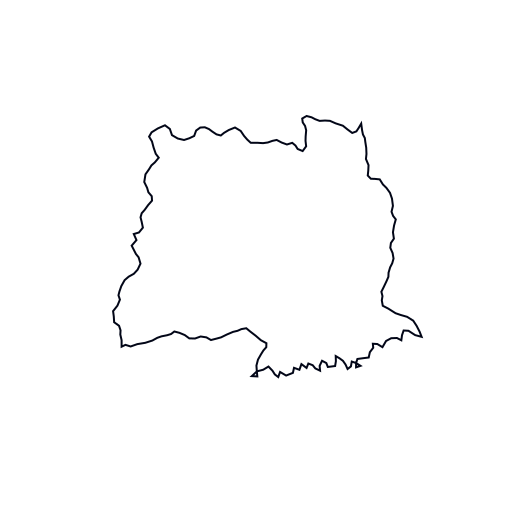 outline of Serra da Saudade, Minas Gerais, Brazil, rotated 235°
{"feature_id": "56859067B39993306485596", "entity_name": "Serra da Saudade", "entity_type": "district", "adm_level": 2, "iso_a3": "BRA", "parent_name": "Brazil", "parent_adm1": "Minas Gerais", "projection": "albers", "projection_center": [-45.786, -19.377], "detail": "fine", "context": "isolated", "style": "outline", "palette": "ink", "viewbox_px": 512, "rotation_deg": 235, "n_neighbors": 0, "source": "geoboundaries", "source_scale": "gbopen_adm2", "svg_char_len": 2970}
<svg xmlns="http://www.w3.org/2000/svg" viewBox="0 0 512 512"><g transform="rotate(235 256 256)"><path d="M344.1,168.5L337.6,167.2L335.8,160.1L326.5,158.8L322.3,159.1L316.0,157.0L312.7,151.2L311.5,145.7L312.1,139.9L311.6,134.6L308.6,128.4L305.2,123.7L302.7,120.8L298.3,119.5L294.8,114.0L292.8,107.3L288.0,104.8L283.1,101.8L277.4,103.8L272.8,102.4L269.5,99.8L264.1,97.6L258.8,93.9L258.1,98.1L253.8,101.4L251.9,108.2L248.4,115.5L246.2,122.6L245.6,128.2L244.4,132.5L242.1,137.7L240.8,141.7L241.0,145.8L237.0,149.2L232.1,152.3L226.8,154.1L223.4,158.7L221.8,164.5L217.8,168.7L213.0,170.9L210.9,176.5L209.4,180.7L208.4,187.1L207.0,193.7L205.3,198.0L204.5,202.1L202.4,206.6L197.6,207.9L190.9,210.0L184.2,211.7L178.6,214.5L175.4,212.1L174.4,207.9L172.7,203.9L170.0,198.2L166.0,193.5L161.0,190.5L158.7,196.7L158.3,202.8L152.6,203.7L148.2,203.5L144.1,204.8L147.2,209.2L140.8,212.1L139.1,219.2L142.6,223.0L137.9,226.3L141.4,231.2L135.3,233.2L137.9,237.2L134.0,239.8L129.9,240.1L125.3,242.7L129.5,245.1L132.3,250.0L128.0,252.2L123.9,251.2L120.5,257.7L124.0,261.1L128.3,263.9L124.4,265.7L120.3,267.1L115.7,267.1L110.9,266.2L111.1,270.4L114.6,273.9L110.9,276.6L113.5,280.0L110.7,285.4L108.2,290.1L111.9,294.1L113.6,299.4L117.1,301.4L114.3,304.9L108.8,307.3L111.8,313.8L111.1,319.6L108.0,324.4L103.6,326.7L107.4,330.2L110.3,334.2L107.3,338.0L99.9,341.0L94.8,345.3L100.1,346.6L106.6,347.5L112.8,347.7L119.5,344.9L124.7,340.7L129.1,337.5L132.9,335.9L137.0,334.2L142.5,331.3L147.5,333.6L150.6,336.6L154.8,338.2L157.3,342.8L160.6,348.6L163.0,352.5L166.3,355.0L169.8,359.4L171.9,363.4L175.0,367.2L180.1,369.6L185.7,370.7L189.3,374.0L191.1,378.9L196.9,381.8L201.8,386.6L205.8,391.5L210.2,391.3L214.5,392.4L218.5,396.9L225.0,400.3L230.9,402.0L237.0,401.9L241.8,401.0L247.8,401.3L250.9,397.7L253.4,394.4L257.8,393.7L261.5,396.9L265.9,400.3L272.4,401.7L276.2,405.0L281.5,408.4L286.8,411.0L290.2,412.8L294.2,413.3L298.1,415.0L304.1,418.1L302.0,413.5L300.5,409.7L301.6,405.4L307.3,403.5L312.9,401.9L319.0,397.3L324.3,394.1L327.4,390.2L330.2,385.6L334.2,382.9L337.7,381.1L341.7,377.7L342.1,372.7L338.6,370.9L334.4,370.8L330.2,369.2L325.4,365.2L321.9,362.6L317.1,360.0L315.2,354.4L319.8,351.5L323.8,351.7L327.9,350.6L329.6,345.3L334.2,342.1L339.2,339.5L340.9,335.5L342.2,330.8L344.4,326.5L348.0,322.0L351.8,316.6L356.4,315.6L361.2,315.1L367.2,315.2L373.3,312.5L374.8,306.0L375.2,300.5L374.9,296.3L378.3,293.4L382.9,291.6L386.9,290.3L390.8,287.9L393.2,284.0L393.1,278.9L389.8,274.2L390.7,268.9L392.3,263.6L397.1,259.3L403.2,256.5L409.5,258.3L415.3,256.4L416.8,248.8L417.2,241.4L415.1,236.9L409.5,236.5L403.5,234.3L397.2,232.5L392.3,232.7L390.7,226.8L390.2,222.3L388.4,218.1L386.3,212.3L380.7,206.9L374.3,205.9L369.9,204.4L364.8,204.9L361.0,202.6L359.6,196.9L357.6,191.1L356.6,186.9L353.9,183.6L349.7,182.0L344.1,179.6L342.4,173.6L344.1,168.5ZM160.0,183.7L156.6,188.0L161.0,190.5L160.0,183.7ZM110.9,276.6L107.4,274.1L106.1,278.6L110.9,276.6Z" fill="none" stroke="#020617" stroke-width="2"/></g></svg>